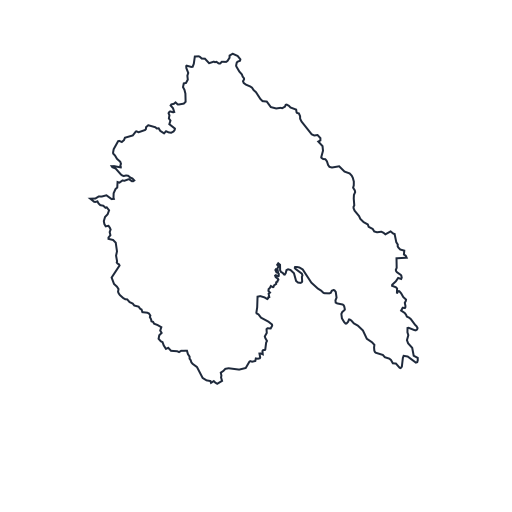 the district of Van Lang, Lạng Sơn, Vietnam, rotated 317°
{"feature_id": "81297802B84784766195181", "entity_name": "Van Lang", "entity_type": "district", "adm_level": 2, "iso_a3": "VNM", "parent_name": "Vietnam", "parent_adm1": "Lạng Sơn", "projection": "equal_earth", "projection_center": [106.578, 22.032], "detail": "fine", "context": "isolated", "style": "outline", "palette": "slate", "viewbox_px": 512, "rotation_deg": 317, "n_neighbors": 0, "source": "geoboundaries", "source_scale": "gbopen_adm2", "svg_char_len": 6085}
<svg xmlns="http://www.w3.org/2000/svg" viewBox="0 0 512 512"><g transform="rotate(317 256 256)"><path d="M180.1,329.0L181.1,330.7L183.9,332.3L186.0,330.8L187.4,332.5L189.1,333.4L189.9,333.0L192.0,329.7L193.0,330.5L193.9,332.5L195.9,329.9L197.1,329.7L198.4,330.8L199.0,330.7L204.3,326.3L206.1,325.6L206.8,322.5L207.6,320.8L211.4,319.6L213.8,316.7L215.1,316.7L217.3,319.0L220.3,318.0L221.0,317.0L220.3,312.5L217.6,304.5L218.0,300.4L217.3,298.4L217.6,297.7L221.8,294.4L229.4,286.8L231.8,288.3L234.0,292.1L234.9,295.2L236.0,295.2L236.7,294.6L237.7,295.1L239.5,292.2L241.3,292.3L241.3,290.0L242.7,288.8L244.4,288.8L246.4,288.1L247.0,290.2L247.5,290.6L249.3,289.8L251.7,290.2L252.8,289.0L254.2,289.4L255.1,288.7L256.2,288.6L256.5,287.7L256.0,284.9L256.6,283.4L257.4,283.5L258.5,286.0L259.0,286.1L260.5,284.6L260.6,283.3L259.8,282.0L260.6,279.5L261.5,279.3L262.0,281.4L263.1,279.7L265.4,279.1L265.5,276.9L267.3,276.5L267.6,278.8L263.9,282.9L263.4,284.7L264.0,286.6L263.9,288.7L264.3,289.2L266.0,288.8L268.7,287.1L270.4,287.6L271.7,289.8L272.0,294.5L268.3,301.6L268.6,304.1L270.3,306.1L271.6,306.4L272.4,306.1L275.3,302.6L276.8,301.8L277.5,300.2L276.1,292.5L276.2,291.2L277.1,290.7L278.7,292.3L279.9,294.0L281.0,297.7L278.3,313.2L279.0,321.9L280.0,325.7L280.2,328.9L280.6,329.8L284.1,333.3L285.6,333.9L287.7,333.1L289.6,333.8L290.0,334.7L289.8,336.7L286.5,341.4L283.9,342.6L282.5,344.4L283.0,346.0L286.3,350.6L286.5,351.9L286.1,353.1L284.6,355.6L283.9,355.9L280.8,355.8L278.9,356.6L276.3,360.2L275.4,364.5L275.4,366.5L276.1,367.1L278.6,366.9L280.7,365.8L281.2,366.3L281.7,368.2L281.6,372.0L283.0,376.4L283.4,383.4L280.6,392.1L282.0,398.2L282.0,401.7L279.9,403.5L278.0,405.9L277.5,407.3L277.6,408.4L281.3,414.9L281.2,417.9L283.5,422.0L283.8,424.1L282.9,427.8L285.0,430.1L284.8,435.7L285.3,436.6L287.2,436.4L293.9,430.7L295.9,429.7L298.4,433.0L300.2,443.0L301.5,443.6L303.3,442.5L304.8,440.8L303.3,436.5L307.6,429.7L307.7,423.6L309.0,420.5L313.4,417.8L314.7,415.1L317.7,412.0L318.6,412.5L321.3,418.2L322.1,419.3L323.7,419.6L325.0,418.9L325.5,416.9L325.4,414.8L326.2,407.7L325.9,405.5L325.0,403.2L325.7,401.2L325.9,399.0L324.9,394.9L328.0,393.9L329.4,395.6L330.2,395.4L331.2,394.5L332.9,391.7L335.0,391.0L336.0,390.2L335.7,386.5L336.7,382.3L336.8,379.5L336.1,378.7L333.5,379.5L337.0,376.0L337.0,374.3L335.2,370.6L336.0,369.9L340.9,369.9L345.0,369.0L346.5,371.8L347.8,371.2L348.9,369.4L349.0,368.6L348.0,363.9L348.2,362.5L348.8,361.5L350.8,360.6L357.2,353.5L365.0,360.0L365.7,357.9L365.2,355.8L368.1,353.2L365.9,349.6L365.9,346.7L366.3,345.4L367.5,344.3L368.0,341.6L372.4,334.4L371.7,333.4L371.2,329.8L365.4,328.4L365.1,326.0L364.2,323.7L360.7,321.2L359.2,318.7L359.8,315.8L358.3,311.5L359.3,309.2L357.8,304.6L357.6,300.0L358.6,297.1L359.0,290.1L360.0,287.5L360.8,286.6L362.4,286.0L366.7,280.6L369.3,278.1L372.1,276.9L373.0,275.4L373.6,272.3L375.7,271.0L378.3,268.3L380.1,264.9L380.8,262.5L380.8,259.5L378.3,254.6L378.0,247.1L371.9,243.1L370.5,240.9L370.8,238.6L372.4,235.2L372.7,233.1L372.6,232.3L371.3,231.0L370.8,229.0L371.0,228.3L376.8,224.7L379.6,221.0L379.6,214.8L381.9,215.4L383.5,213.7L383.5,209.5L380.8,207.6L379.7,205.0L381.0,188.7L381.9,185.7L383.6,183.8L384.6,181.0L383.6,179.4L383.6,178.7L385.2,176.3L382.5,170.9L382.5,168.7L381.7,166.2L380.8,165.7L379.1,166.5L376.0,165.8L374.9,164.3L371.4,161.9L368.4,157.2L369.2,150.4L366.4,147.2L366.3,144.0L367.7,136.2L367.4,133.0L367.9,130.2L367.4,128.1L365.5,123.8L365.0,121.1L365.7,119.3L367.7,118.7L368.4,117.9L368.6,115.7L369.5,113.6L369.6,109.7L370.9,103.9L371.4,103.1L373.7,101.5L374.9,101.3L377.5,102.3L378.7,101.5L379.0,97.2L376.9,92.2L373.4,91.4L371.8,93.0L368.2,93.9L366.6,93.7L363.4,90.6L361.2,90.8L360.5,90.3L360.0,89.6L359.5,87.0L358.2,86.3L357.7,85.1L353.2,83.0L353.2,76.8L351.0,74.7L350.8,72.1L350.3,70.9L347.3,68.4L341.6,73.0L338.7,74.4L337.6,73.6L335.1,69.5L334.5,69.5L333.2,71.1L331.3,75.9L328.8,77.3L326.4,80.5L322.8,81.7L320.9,80.5L317.8,82.7L317.0,85.7L315.1,89.1L309.7,95.2L307.1,95.3L303.1,92.7L302.1,91.8L301.9,88.8L299.7,88.7L297.5,87.4L296.2,87.7L296.1,91.3L294.4,94.9L293.4,94.4L291.8,91.7L290.2,91.6L289.4,92.0L288.7,94.0L286.1,96.0L285.8,98.6L282.5,100.5L283.6,107.5L282.6,108.3L280.6,108.7L278.0,108.0L276.4,106.0L275.3,103.4L272.4,103.6L271.3,99.2L271.9,96.2L270.4,95.1L270.2,93.2L266.4,86.9L263.5,86.8L262.0,88.1L260.8,88.2L254.5,85.4L253.6,83.3L253.0,83.0L248.1,83.8L240.8,80.1L238.5,81.2L235.6,81.1L234.5,78.6L233.5,78.0L224.8,80.8L222.1,82.8L221.4,83.7L221.4,86.4L220.6,90.1L221.0,94.5L220.1,96.5L218.5,97.3L217.8,98.8L217.5,99.0L213.6,93.6L211.7,91.9L211.5,93.1L213.0,96.3L212.8,104.4L213.1,105.9L213.8,107.3L215.9,108.5L217.2,110.1L217.6,113.0L218.5,115.0L218.5,117.7L217.1,117.5L216.2,116.6L215.6,113.4L215.0,112.9L211.0,111.2L209.9,109.7L206.1,109.2L205.2,107.5L201.2,111.3L199.0,111.2L194.7,113.0L191.6,116.1L191.0,117.3L189.2,115.9L188.0,109.6L183.7,107.3L181.6,105.2L177.7,104.4L173.9,101.1L174.6,106.0L175.6,107.1L177.3,107.9L176.7,110.0L176.8,112.6L178.6,115.1L178.8,118.1L180.0,118.6L179.7,122.4L175.9,124.3L172.2,124.5L168.5,126.7L166.9,129.2L166.3,131.8L168.7,133.3L168.4,135.6L167.7,137.5L165.3,138.7L163.7,141.5L160.7,141.9L159.8,142.9L162.4,146.8L162.5,150.6L157.5,157.8L153.9,160.3L150.8,165.1L149.7,165.8L149.6,167.2L150.1,168.7L149.7,169.9L135.7,173.3L133.1,179.6L133.4,183.6L132.9,186.4L130.7,188.1L130.1,189.7L129.8,191.7L130.2,196.2L130.9,198.5L132.2,199.9L132.1,203.5L133.4,206.7L133.2,209.2L135.6,213.0L135.3,215.6L135.8,217.1L134.6,219.6L137.8,223.3L138.5,225.0L138.1,227.5L136.7,228.3L136.1,230.7L135.0,232.5L135.8,234.0L135.3,236.0L136.9,239.3L138.2,243.5L135.1,245.2L134.5,247.9L131.2,248.0L128.3,250.1L128.2,253.5L128.9,255.2L127.5,258.6L126.8,262.5L129.2,263.3L129.2,267.4L133.4,271.9L134.2,273.8L136.6,274.3L140.9,278.2L139.3,281.3L138.8,284.3L137.4,285.8L137.2,287.6L136.2,289.7L136.1,291.7L137.1,297.0L133.8,308.8L135.0,313.2L137.4,316.4L136.6,318.1L139.8,318.7L139.9,320.9L140.5,323.0L146.0,324.2L147.6,321.0L149.1,319.9L150.7,317.3L153.8,317.8L156.6,317.6L159.4,319.4L166.2,327.6L172.1,330.9L179.1,328.8L180.1,329.0Z" fill="none" stroke="#1e293b" stroke-width="2"/></g></svg>